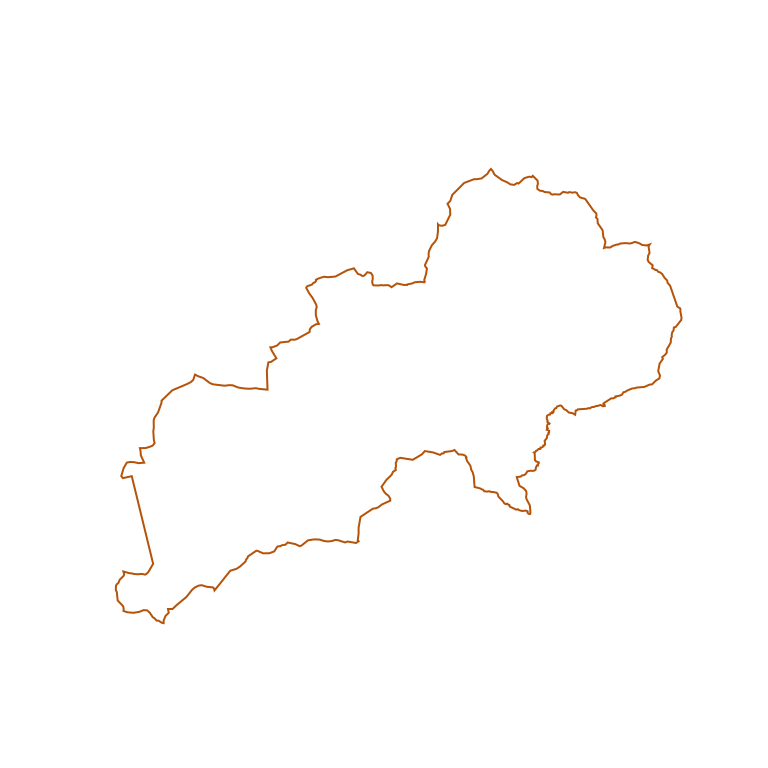 the district of Sekyere South, Ashanti, Ghana, rotated 258°
{"feature_id": "2480657B66267254954762", "entity_name": "Sekyere South", "entity_type": "district", "adm_level": 2, "iso_a3": "GHA", "parent_name": "Ghana", "parent_adm1": "Ashanti", "projection": "robinson", "projection_center": [-1.514, 6.995], "detail": "fine", "context": "isolated", "style": "outline", "palette": "amber", "viewbox_px": 768, "rotation_deg": 258, "n_neighbors": 0, "source": "geoboundaries", "source_scale": "gbopen_adm2", "svg_char_len": 6148}
<svg xmlns="http://www.w3.org/2000/svg" viewBox="0 0 768 768"><g transform="rotate(258 384 384)"><path d="M358.9,667.7L364.9,673.1L368.7,674.1L370.5,675.4L372.3,675.6L375.0,676.9L376.0,678.3L379.0,679.3L379.2,681.3L384.9,688.1L387.0,688.8L393.6,689.0L395.5,689.5L396.4,689.4L398.7,687.0L420.6,684.3L424.1,682.4L426.4,682.5L429.5,680.5L433.7,679.0L435.7,677.3L436.9,675.4L438.6,674.7L439.0,673.4L441.7,670.4L444.2,671.5L448.3,668.3L450.6,667.7L454.7,669.1L457.0,671.0L463.6,671.4L465.3,673.0L464.9,669.9L466.2,665.6L468.5,663.1L470.8,659.1L470.2,654.2L471.6,649.5L472.3,644.4L471.7,642.0L472.0,640.7L471.5,636.3L470.5,633.8L471.5,629.3L471.3,627.5L476.8,630.1L479.7,629.9L482.1,629.1L488.9,629.8L496.8,626.5L501.0,627.1L503.0,626.0L504.7,626.9L506.7,627.1L510.1,624.9L522.5,619.6L523.4,619.0L525.7,614.6L528.3,613.0L530.8,612.4L531.8,611.0L532.0,608.0L533.2,605.1L532.8,603.7L534.7,599.1L532.8,595.4L534.2,589.8L534.2,588.2L534.9,587.0L536.9,585.9L538.4,581.0L539.7,579.5L540.7,576.7L542.9,574.6L545.7,575.0L547.9,576.2L551.0,576.5L556.7,572.8L555.7,571.6L556.6,569.0L556.2,564.2L552.1,557.3L552.9,556.1L551.7,552.7L553.0,549.1L555.8,546.3L558.8,542.0L565.4,536.0L567.0,535.2L569.3,534.8L572.1,533.3L570.9,531.5L568.1,528.9L564.8,522.2L565.0,517.6L565.6,514.6L564.0,504.2L554.8,490.1L549.4,487.0L547.1,483.6L541.6,485.0L535.8,484.0L526.9,477.0L526.7,473.5L527.9,470.6L529.0,470.0L522.0,468.5L515.5,466.2L512.6,463.5L509.8,459.7L504.7,455.7L502.2,454.7L499.1,454.2L491.8,448.8L490.8,448.7L488.0,450.0L483.0,448.1L477.4,445.0L475.4,445.1L475.1,444.6L476.5,440.4L477.1,435.3L476.5,432.3L476.6,427.7L476.1,427.3L476.8,423.9L479.7,417.6L477.1,411.5L479.5,409.3L480.0,407.8L480.8,403.0L481.4,401.6L481.5,399.0L482.7,394.2L483.7,393.7L486.7,393.7L488.7,394.7L492.4,395.4L495.3,394.3L496.8,390.9L494.4,387.7L494.0,386.4L494.4,384.9L495.9,383.6L497.0,381.4L503.4,378.6L502.9,371.7L499.2,358.7L500.1,351.5L501.4,347.5L500.9,342.3L500.1,339.1L499.1,339.0L497.9,337.8L497.6,336.0L496.2,334.2L495.6,329.2L494.3,327.9L487.9,329.8L482.9,332.1L475.6,334.2L473.4,334.2L470.2,332.6L465.3,331.6L459.4,332.0L456.3,332.8L456.6,330.1L454.9,325.0L452.8,322.7L450.4,322.1L446.0,307.8L445.9,305.8L446.8,302.2L445.3,299.4L446.2,291.1L443.9,287.5L443.1,282.6L443.5,280.5L439.8,281.2L431.5,284.1L429.1,278.0L429.2,275.4L421.5,272.2L402.7,268.9L405.0,261.4L406.6,257.6L407.2,251.9L408.6,246.6L410.9,240.6L414.2,235.7L415.0,232.6L415.5,227.6L419.3,216.5L421.2,213.8L427.5,208.4L430.2,203.9L432.5,201.1L427.6,198.2L426.0,195.4L424.8,190.8L421.9,175.7L414.0,163.0L411.8,162.4L403.2,157.1L398.9,152.6L396.5,151.2L389.0,149.7L385.7,148.5L376.8,147.2L374.0,147.4L372.0,145.2L371.4,142.8L370.9,137.7L372.0,131.9L368.8,131.9L364.7,131.3L356.9,133.1L357.6,127.5L359.6,123.0L360.5,119.6L360.6,116.1L355.7,111.7L348.6,107.9L346.2,109.0L346.3,118.1L256.1,120.8L249.0,114.3L247.7,112.3L247.2,110.7L248.6,107.7L249.1,103.5L250.1,100.1L251.4,97.4L251.8,95.8L254.8,90.1L252.1,90.3L250.7,89.7L247.5,84.8L244.6,82.8L243.6,80.9L242.6,80.0L238.3,78.8L236.1,79.4L227.6,78.5L221.0,82.6L218.6,82.7L216.2,82.0L214.1,85.4L212.3,91.3L212.0,97.2L212.8,101.9L211.8,105.3L208.9,107.4L204.0,109.3L202.7,110.7L199.9,112.3L199.4,114.2L196.6,117.1L195.9,118.7L198.5,119.3L202.5,122.0L205.0,125.9L208.8,125.9L207.9,130.4L210.8,135.1L216.8,146.5L222.5,153.4L224.2,156.4L225.3,160.6L225.1,163.9L222.6,168.3L220.6,174.4L219.2,175.3L217.3,175.3L233.3,194.8L233.9,201.4L235.4,205.2L239.2,211.7L240.8,212.5L242.2,214.3L243.6,215.0L247.4,224.3L247.3,225.3L243.5,230.6L242.3,236.7L243.1,241.9L246.8,245.5L247.3,246.6L246.9,248.7L247.5,250.7L247.3,254.2L249.0,256.8L245.8,264.0L242.9,267.8L243.2,269.9L246.9,277.1L246.6,283.1L245.2,288.7L242.9,292.7L241.6,296.5L241.2,300.5L241.6,303.6L240.8,306.5L237.1,313.0L237.5,315.6L234.3,323.6L235.5,326.5L236.5,325.8L243.1,328.1L248.8,329.3L258.9,333.4L264.3,347.0L264.2,350.2L264.5,352.5L266.6,356.9L268.6,365.9L270.7,366.2L273.8,365.1L276.0,363.2L278.8,361.6L284.0,360.2L289.8,366.5L293.5,372.5L296.3,374.6L297.4,377.7L299.4,377.6L300.5,378.5L304.6,379.2L305.9,380.4L307.7,380.8L308.4,384.6L303.9,396.4L307.3,406.4L309.9,410.0L306.8,417.9L303.0,424.1L304.0,426.2L303.8,428.0L304.9,428.8L304.3,436.5L304.8,439.2L299.6,442.3L298.6,446.2L297.1,448.5L295.4,449.4L294.8,449.4L294.6,448.8L291.1,449.4L286.2,451.5L282.0,451.5L279.2,452.4L275.0,452.6L264.4,451.2L262.0,456.1L259.7,459.1L258.3,459.7L257.3,462.6L257.2,464.8L256.1,466.3L255.6,468.5L254.1,471.7L252.6,472.4L250.1,472.5L244.3,476.1L242.1,476.9L241.1,478.4L241.4,479.5L239.9,480.7L239.6,481.5L238.0,481.5L233.6,487.2L233.7,488.9L232.5,489.9L231.1,492.6L230.6,496.7L229.6,498.0L228.3,497.6L227.0,498.4L226.5,499.9L227.6,500.5L234.9,501.4L241.7,499.5L243.8,499.4L246.8,500.6L248.8,500.8L250.0,500.7L252.9,499.0L256.2,495.4L265.3,494.5L265.0,498.6L265.8,499.7L265.8,502.3L266.6,504.0L268.8,506.1L268.7,509.3L268.0,511.8L268.2,513.7L268.8,514.6L270.5,515.1L272.6,516.7L272.3,517.7L273.8,518.2L274.6,519.1L275.3,519.0L276.5,516.8L278.1,515.8L285.0,517.0L285.8,516.4L286.2,518.1L287.1,518.9L287.1,519.8L288.3,521.6L288.0,523.3L289.2,523.8L288.9,524.3L289.8,526.9L290.7,527.0L290.7,528.3L291.5,529.1L295.0,529.3L297.3,532.1L299.6,532.9L300.6,533.8L300.6,534.5L302.1,534.7L302.3,535.4L303.9,535.9L305.2,534.0L305.4,534.4L306.2,534.2L306.7,535.0L307.7,534.4L310.2,535.3L311.1,536.4L310.6,537.4L310.9,537.7L313.0,535.9L314.1,536.4L316.0,536.0L318.8,536.7L319.7,538.4L319.6,540.2L320.8,540.7L320.7,542.1L321.5,542.4L321.4,543.3L320.9,543.4L321.5,544.1L322.6,544.1L324.6,546.3L324.6,547.5L326.0,548.6L326.4,551.9L325.7,553.1L321.8,555.0L320.6,556.8L317.6,558.9L316.5,562.0L314.2,564.6L318.2,566.0L318.2,567.4L318.9,568.3L317.6,577.4L317.9,579.0L317.4,580.2L318.2,582.6L317.9,584.5L318.4,587.0L318.1,588.4L318.5,591.4L316.7,593.6L316.6,595.4L317.5,595.5L318.8,594.4L319.4,594.6L322.7,603.2L322.3,605.4L322.9,607.8L323.7,607.8L323.6,612.2L324.1,614.5L326.2,616.6L326.2,618.5L327.1,620.7L328.0,625.7L327.7,628.8L328.0,630.3L327.0,638.0L328.2,643.7L327.9,646.1L330.9,650.8L332.2,654.5L334.9,655.7L339.6,654.9L346.6,657.8L350.6,662.0L352.4,661.7L354.2,665.1L355.9,667.1L358.9,667.7Z" fill="none" stroke="#b45309" stroke-width="2"/></g></svg>